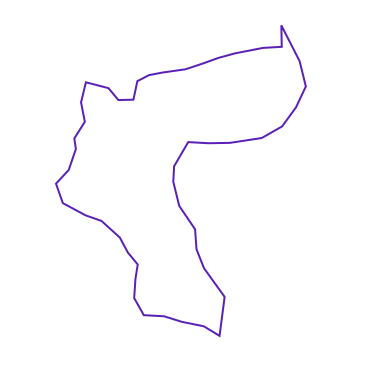 Kourou Monastiri, Cyprus, rotated 349°
{"feature_id": "46923920B54534863217064", "entity_name": "Kourou Monastiri", "entity_type": "district", "adm_level": 2, "iso_a3": "CYP", "parent_name": "Cyprus", "parent_adm1": "", "projection": "albers", "projection_center": [33.557, 35.22], "detail": "fine", "context": "isolated", "style": "outline", "palette": "violet", "viewbox_px": 384, "rotation_deg": 349, "n_neighbors": 0, "source": "geoboundaries", "source_scale": "gbopen_adm2", "svg_char_len": 741}
<svg xmlns="http://www.w3.org/2000/svg" viewBox="0 0 384 384"><g transform="rotate(349 192 192)"><path d="M86.7,117.0L86.2,127.7L75.2,146.8L60.1,157.9L63.1,178.3L82.9,194.5L97.7,203.2L112.5,223.0L117.5,239.2L124.9,252.8L119.9,266.5L115.0,285.1L121.2,303.7L141.0,308.7L157.0,317.4L178.0,326.1L191.6,338.5L204.0,301.2L189.2,269.0L185.5,249.1L187.9,229.2L176.8,203.2L175.6,178.3L179.3,163.4L197.8,142.3L217.6,147.3L238.6,151.0L270.7,152.3L293.0,144.8L310.3,128.7L323.9,110.1L322.6,84.0L316.5,62.9L311.5,45.5L307.8,66.6L289.2,64.1L260.8,64.1L243.5,65.4L227.5,67.9L208.9,70.3L185.5,69.1L171.9,69.1L159.5,72.8L152.1,90.2L137.3,87.7L129.8,74.1L108.8,64.1L100.2,82.8L100.2,102.6L86.7,117.0Z" fill="none" stroke="#5b21b6" stroke-width="2"/></g></svg>